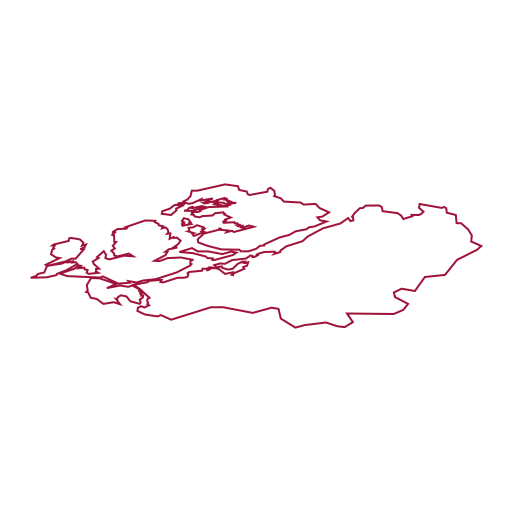 Bindal nor, Nordland, Norway
{"feature_id": "86288312B2671252892867", "entity_name": "Bindal nor", "entity_type": "district", "adm_level": 2, "iso_a3": "NOR", "parent_name": "Norway", "parent_adm1": "Nordland", "projection": "equal_earth", "projection_center": [12.321, 65.123], "detail": "fine", "context": "isolated", "style": "outline", "palette": "rose", "viewbox_px": 512, "rotation_deg": 0, "n_neighbors": 0, "source": "geoboundaries", "source_scale": "gbopen_adm2", "svg_char_len": 6028}
<svg xmlns="http://www.w3.org/2000/svg" viewBox="0 0 512 512"><path d="M446.2,208.2L444.1,207.0L441.6,207.9L419.7,204.0L419.0,207.8L423.5,211.7L421.9,213.4L419.0,215.0L411.7,214.9L412.4,216.2L403.3,219.0L401.0,215.4L397.4,213.1L382.6,211.2L381.8,207.1L379.3,205.5L365.6,205.6L362.9,208.0L359.9,208.2L354.8,212.9L352.1,216.7L353.1,217.2L353.3,220.4L350.5,221.1L348.2,218.0L340.3,223.5L323.1,228.3L307.9,236.4L302.5,241.2L286.4,246.3L280.4,250.6L280.3,252.0L274.3,253.9L275.5,252.6L274.7,251.7L264.1,252.0L258.1,253.8L257.0,254.5L257.8,255.2L254.5,256.9L252.5,257.1L252.7,256.2L250.6,255.4L246.0,258.5L232.0,260.1L225.0,263.8L220.1,263.5L214.3,265.1L216.3,267.3L221.8,266.4L222.3,267.9L228.3,269.6L232.8,268.7L237.4,264.1L242.4,261.6L244.6,261.6L243.3,262.7L245.2,263.1L248.2,262.3L247.0,265.7L243.2,267.1L244.3,268.8L233.4,273.5L232.3,274.8L233.9,275.4L231.7,274.8L234.0,272.7L233.3,272.2L225.1,273.9L218.8,269.0L215.8,268.2L211.3,268.2L208.9,269.8L206.4,270.5L211.4,267.5L209.2,267.3L206.8,268.8L202.5,268.7L202.1,270.7L189.1,272.0L187.6,273.2L188.4,274.2L187.4,276.9L184.3,277.7L177.4,277.8L163.3,282.4L160.5,281.9L161.6,280.0L159.9,280.0L149.7,280.8L146.8,282.4L133.6,284.7L139.8,289.0L149.5,297.8L147.7,298.7L147.1,300.9L148.2,303.0L147.4,304.1L149.1,305.3L144.4,307.5L141.1,306.2L137.9,307.9L137.4,310.9L145.0,314.5L157.5,316.4L160.9,315.1L171.2,319.7L210.8,307.3L223.0,307.2L252.7,312.9L271.6,307.7L278.5,308.9L280.8,318.6L295.4,327.6L304.6,325.1L326.0,322.5L337.5,326.3L344.8,327.1L352.9,322.1L347.0,313.5L393.7,314.0L403.3,309.9L408.1,303.9L395.0,297.1L393.9,292.5L401.6,288.7L414.9,291.0L424.9,277.0L445.0,274.9L457.0,259.9L477.0,249.8L481.3,246.0L471.2,241.5L471.8,235.4L468.1,229.4L461.2,223.3L456.6,223.1L455.8,215.0L446.8,212.7L446.2,208.2ZM326.5,221.5L320.1,220.3L317.4,217.3L322.1,216.7L329.1,212.3L319.5,208.0L315.6,203.9L303.7,204.6L300.5,202.5L283.9,201.6L280.8,198.3L274.2,196.1L275.0,194.9L274.3,190.8L270.3,187.8L268.1,188.9L267.3,191.7L249.6,195.0L247.9,194.3L246.7,191.5L239.3,190.0L237.9,186.2L225.0,184.4L197.2,190.7L191.8,190.7L190.5,196.1L187.4,199.5L183.2,201.6L183.4,202.9L177.7,203.3L179.9,204.3L178.2,204.7L179.7,205.6L175.9,204.7L173.8,205.5L169.8,208.7L162.3,211.2L161.8,213.8L171.0,215.0L176.5,210.3L176.1,208.7L182.2,205.8L180.6,205.0L184.2,204.2L184.5,202.5L188.6,203.8L192.4,203.2L201.4,199.1L200.8,200.5L212.9,198.4L204.8,202.2L206.0,203.1L203.5,203.0L204.3,203.5L215.5,200.9L213.1,202.2L214.8,203.1L218.5,200.4L215.6,200.8L216.9,200.1L224.7,198.0L225.8,198.5L223.2,199.6L228.0,199.6L226.8,200.1L232.2,202.2L227.9,202.0L228.6,202.8L236.3,202.8L228.3,204.0L229.5,204.9L228.6,205.1L223.2,202.7L219.1,202.6L215.0,204.4L228.6,206.4L208.5,207.1L199.8,210.2L200.3,211.0L198.0,212.0L194.4,211.9L191.0,212.8L193.3,212.5L191.6,214.5L193.7,214.8L194.7,216.5L199.6,217.3L202.3,216.1L212.5,215.5L215.2,213.2L223.3,212.3L223.9,213.2L222.9,213.4L224.8,213.8L224.5,214.6L230.7,217.5L224.1,220.0L226.8,220.3L223.2,221.7L223.7,222.8L234.4,222.2L234.7,223.4L237.3,223.3L238.4,224.4L237.6,224.9L239.3,224.9L238.4,226.1L242.6,225.8L242.1,227.2L239.7,227.0L242.6,227.8L248.8,225.5L253.7,226.8L233.9,232.0L231.9,230.8L226.5,232.2L228.0,230.5L219.8,229.8L220.5,228.7L219.3,228.5L218.7,229.8L203.8,233.6L197.7,239.4L198.2,242.4L207.7,245.9L221.5,249.4L239.4,249.7L240.8,251.3L248.5,251.3L256.2,248.8L259.8,245.9L264.3,245.4L264.3,244.4L279.8,237.4L289.3,234.9L295.7,231.3L306.6,229.2L308.9,227.3L314.4,226.5L326.5,221.5ZM67.3,276.1L100.6,277.6L102.8,276.4L118.3,283.6L129.7,282.7L128.4,281.1L136.8,282.5L143.0,280.5L155.6,279.2L176.5,272.5L190.3,265.5L191.4,264.2L190.3,263.8L190.5,260.8L193.4,259.9L180.9,257.5L167.7,258.1L159.5,261.1L154.6,260.8L165.5,255.1L167.4,251.8L165.4,251.8L168.8,249.3L177.5,247.5L173.2,247.6L178.2,244.1L180.6,240.7L176.9,237.6L173.7,238.0L173.5,237.1L169.6,238.8L170.4,233.4L167.2,233.8L168.4,232.4L167.7,229.4L165.6,227.4L162.0,228.3L163.1,226.3L158.7,225.3L158.5,223.9L154.8,222.1L155.3,220.8L145.1,220.5L126.0,227.0L127.4,227.4L126.4,228.7L117.4,229.1L112.8,232.0L112.8,232.6L113.1,232.8L115.9,231.8L112.3,234.9L114.1,235.5L114.3,241.9L116.1,242.1L112.8,245.8L114.8,248.4L111.3,250.7L114.2,253.7L114.2,255.5L117.5,256.4L128.9,253.6L133.1,256.3L123.9,255.7L109.3,259.4L105.4,258.1L106.0,254.7L103.8,251.2L97.0,257.1L98.6,258.0L92.8,261.5L93.6,263.8L99.1,268.7L96.0,269.0L96.2,271.5L95.0,271.0L98.3,272.8L88.5,273.9L86.6,272.6L87.6,270.0L84.6,269.3L84.3,267.7L78.5,268.2L81.0,265.9L78.8,265.4L74.3,268.8L59.8,273.6L67.3,276.1ZM139.6,303.8L140.7,302.6L139.7,299.7L142.8,297.6L143.2,295.5L141.2,295.6L141.6,293.9L139.4,293.7L141.8,293.1L139.0,290.9L139.4,289.3L132.5,285.6L128.2,286.8L120.2,285.5L106.8,288.1L116.2,284.0L99.5,278.3L91.1,278.0L86.8,285.1L87.7,290.2L86.2,292.0L88.0,292.2L90.8,297.8L96.6,298.9L103.5,303.9L113.7,302.2L120.0,304.2L115.8,298.8L117.3,299.0L117.9,297.1L120.9,295.3L126.4,296.4L130.4,301.3L139.6,303.8ZM47.4,265.9L65.9,261.3L71.5,258.6L75.6,258.7L83.7,249.5L80.3,249.1L84.4,247.5L86.0,244.5L82.0,245.7L83.4,242.7L79.9,239.4L71.0,237.9L69.2,238.3L68.7,240.9L53.8,244.5L52.4,245.5L54.7,245.6L53.3,247.9L54.1,248.6L52.3,249.7L51.0,254.3L55.8,257.4L59.6,258.1L45.7,264.8L47.4,265.9ZM46.8,277.3L56.4,275.1L57.1,273.8L66.3,270.3L77.4,264.0L75.9,262.2L72.0,262.5L72.6,261.3L66.4,262.7L70.1,260.1L61.8,263.6L48.6,265.6L46.7,266.6L44.3,272.5L38.0,273.9L36.2,275.9L30.7,277.8L46.8,277.3ZM197.8,251.4L192.0,248.1L179.4,252.0L192.5,253.1L205.8,256.5L207.5,258.1L212.8,258.4L212.4,259.9L214.0,260.1L232.7,255.1L236.4,252.6L231.3,251.6L222.2,254.1L208.1,251.4L197.8,251.4ZM197.1,225.2L192.8,227.4L188.6,227.8L189.5,231.1L188.2,231.4L193.8,233.1L192.2,233.7L193.7,236.0L204.1,232.0L201.6,231.3L204.3,229.0L202.4,228.8L203.7,227.4L197.1,225.2ZM188.3,219.3L183.9,218.2L181.9,221.0L184.0,222.2L182.6,223.1L183.7,223.6L182.1,224.6L182.5,225.8L191.2,224.0L189.4,223.0L190.6,222.3L188.3,219.3ZM201.5,206.1L193.1,208.1L192.2,208.0L193.3,207.3L192.6,206.8L189.0,208.0L187.2,210.2L184.0,210.7L191.9,210.9L205.0,206.9L201.5,206.1Z" fill="none" stroke="#9f1239" stroke-width="2"/></svg>